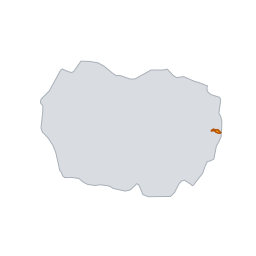 Vevchani, Vevčani, North Macedonia (highlighted), rotated 205°
{"feature_id": "65306769B55321164164480", "entity_name": "Vevchani", "entity_type": "district", "adm_level": 2, "iso_a3": "MKD", "parent_name": "North Macedonia", "parent_adm1": "Vevčani", "projection": "mercator", "projection_center": [20.592, 41.244], "detail": "fine", "context": "in_parent", "style": "filled", "palette": "amber", "viewbox_px": 256, "rotation_deg": 205, "n_neighbors": 0, "source": "geoboundaries", "source_scale": "gbopen_adm2", "svg_char_len": 1458}
<svg xmlns="http://www.w3.org/2000/svg" viewBox="0 0 256 256"><g transform="rotate(205 128 128)"><path d="M116.3,67.0L120.3,67.5L128.9,65.0L134.2,61.6L136.9,61.1L140.6,59.8L145.8,60.0L151.1,61.5L157.8,59.5L164.4,56.3L167.1,57.1L169.9,59.8L171.8,60.6L182.8,74.9L188.8,80.6L195.9,85.0L204.0,88.2L206.9,91.3L212.0,106.4L214.5,112.1L217.9,113.8L218.7,115.5L218.9,117.7L215.0,128.3L213.5,151.9L212.5,153.8L208.5,153.7L203.1,154.2L201.1,156.0L198.9,168.7L190.3,172.3L182.5,174.4L175.9,173.9L164.3,170.9L160.5,170.6L157.3,172.3L146.9,173.2L142.4,175.4L131.7,190.2L120.9,195.3L117.2,197.9L109.0,194.6L105.0,194.3L99.3,198.1L86.8,198.4L83.4,199.1L73.8,199.7L73.4,197.6L71.6,194.7L67.1,193.3L57.9,194.5L55.7,192.3L51.9,179.8L48.9,177.7L45.6,173.5L40.0,159.8L39.9,153.8L40.2,148.6L37.1,136.3L39.1,133.2L41.9,131.2L42.0,126.2L41.2,118.7L44.6,103.8L45.5,102.7L46.4,103.4L54.6,104.6L56.8,102.8L58.1,99.8L58.6,88.9L60.6,83.9L80.6,74.3L86.4,73.9L91.0,78.3L94.5,81.1L96.7,81.1L97.5,78.2L99.9,72.7L104.0,69.6L116.2,66.9L116.3,67.0Z" fill="#d9dde1" stroke="#a8b0b8" stroke-width="1"/><path d="M42.0,163.1L44.2,163.9L44.6,163.8L45.1,164.3L46.0,164.4L47.5,163.6L47.7,163.3L49.2,163.1L49.4,163.2L49.7,163.0L50.0,163.0L49.8,162.4L50.8,162.1L51.3,161.3L50.8,161.1L50.9,160.7L50.5,160.8L50.0,161.5L49.0,161.9L48.8,161.8L48.4,162.1L47.6,162.1L47.3,161.6L46.9,161.4L45.6,161.4L43.9,161.5L42.2,162.3L42.2,162.6L42.0,163.1Z" fill="#f59e0b" stroke="#b45309" stroke-width="1.5"/></g></svg>